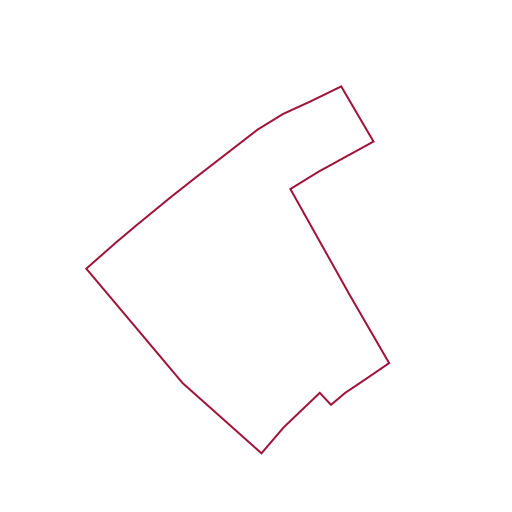 Alapi, Tuvalu, rotated 287°
{"feature_id": "33948139B89877279250405", "entity_name": "Alapi", "entity_type": "district", "adm_level": 2, "iso_a3": "TUV", "parent_name": "Tuvalu", "parent_adm1": "", "projection": "orthographic", "projection_center": [179.197, -8.522], "detail": "fine", "context": "isolated", "style": "outline", "palette": "rose", "viewbox_px": 512, "rotation_deg": 287, "n_neighbors": 0, "source": "geoboundaries", "source_scale": "gbopen_adm2", "svg_char_len": 427}
<svg xmlns="http://www.w3.org/2000/svg" viewBox="0 0 512 512"><g transform="rotate(287 256 256)"><path d="M194.3,97.4L113.0,223.0L68.9,318.9L100.5,332.7L143.8,357.0L135.6,371.2L151.5,381.5L168.1,395.1L192.5,414.6L246.2,356.9L330.1,269.3L355.4,291.6L399.8,334.9L443.1,287.9L420.7,263.9L399.6,240.2L377.4,220.6L312.9,175.0L287.7,157.5L250.3,132.6L228.2,118.3L194.3,97.4Z" fill="none" stroke="#9f1239" stroke-width="2"/></g></svg>